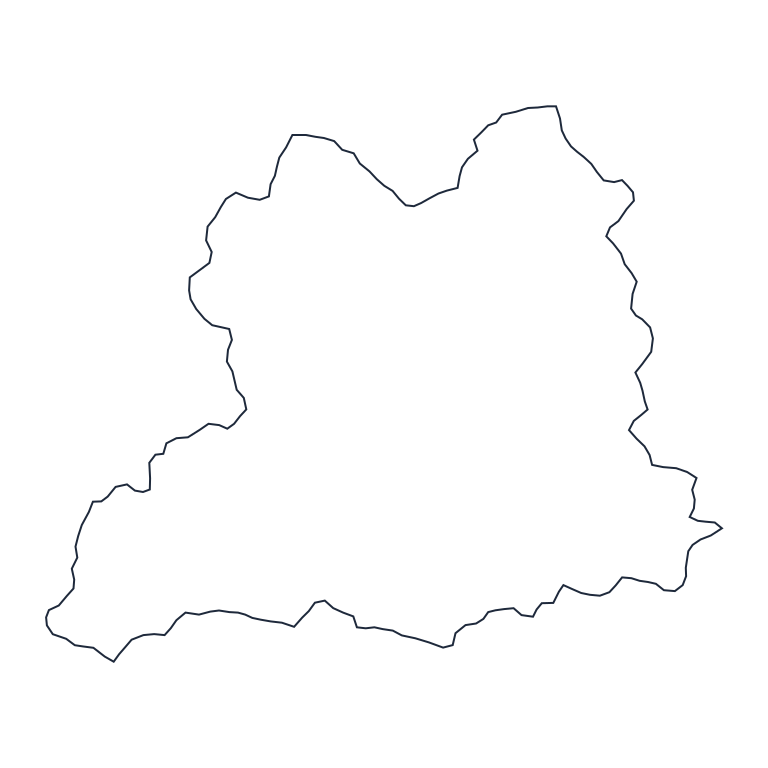 the district of Rio Piracicaba, Minas Gerais, Brazil
{"feature_id": "56859067B90446172591220", "entity_name": "Rio Piracicaba", "entity_type": "district", "adm_level": 2, "iso_a3": "BRA", "parent_name": "Brazil", "parent_adm1": "Minas Gerais", "projection": "orthographic", "projection_center": [-43.151, -19.961], "detail": "fine", "context": "isolated", "style": "outline", "palette": "slate", "viewbox_px": 768, "rotation_deg": 0, "n_neighbors": 0, "source": "geoboundaries", "source_scale": "gbopen_adm2", "svg_char_len": 2940}
<svg xmlns="http://www.w3.org/2000/svg" viewBox="0 0 768 768"><path d="M721.9,528.3L714.8,522.5L705.7,521.7L697.8,520.8L689.7,517.0L693.9,508.5L694.7,499.6L692.2,489.8L696.5,478.0L687.1,472.0L676.2,468.2L663.1,467.1L652.1,464.9L649.6,455.0L644.5,446.3L636.6,438.7L629.0,430.1L633.8,420.9L641.3,414.9L647.6,409.5L644.8,401.4L642.5,390.7L640.2,382.8L635.4,372.5L642.2,364.1L651.2,351.8L652.9,338.4L650.1,327.4L642.2,319.3L635.9,315.5L631.1,308.6L632.6,293.9L636.7,281.7L631.6,273.1L624.7,264.2L621.0,253.6L613.1,243.4L606.3,236.3L610.0,227.4L618.4,221.1L626.6,209.1L633.9,200.7L633.0,192.3L627.6,185.9L622.0,180.1L614.1,182.1L603.7,180.4L596.9,172.0L591.3,163.9L583.9,157.1L577.0,151.7L571.0,146.4L565.6,138.5L561.8,130.4L560.0,118.5L556.0,106.3L547.6,106.3L537.7,107.5L528.0,108.0L515.8,111.8L502.1,114.7L496.2,122.5L488.2,125.3L481.5,132.2L473.9,139.6L477.5,150.7L467.9,158.8L462.0,167.3L459.6,176.1L457.6,187.9L446.9,190.6L438.5,193.5L429.7,198.2L421.0,203.1L413.9,206.2L405.8,205.3L399.0,198.7L392.6,190.9L384.3,185.8L376.8,179.2L369.5,171.4L359.8,163.5L353.7,153.3L342.2,149.8L334.2,141.1L323.9,138.0L315.4,136.8L305.9,135.0L292.4,135.0L286.1,147.4L279.3,157.6L276.9,166.8L274.9,175.8L270.6,184.2L268.9,196.4L259.7,199.8L247.9,197.7L235.9,192.6L225.9,199.0L220.8,207.1L215.2,217.2L207.6,226.6L206.1,240.4L211.7,252.0L209.4,262.9L199.0,270.6L189.8,277.4L189.1,290.4L190.6,299.3L196.2,309.0L204.4,318.8L212.2,325.2L229.2,329.0L231.9,339.9L228.0,349.8L226.9,361.6L232.4,371.4L234.8,381.7L236.7,389.8L243.8,397.9L246.3,409.4L240.0,416.2L234.1,423.8L227.3,428.7L219.2,425.1L208.5,423.8L199.8,429.8L187.9,437.3L176.4,438.2L166.4,443.3L163.3,453.8L155.4,454.7L149.3,462.8L150.1,478.4L149.8,489.5L143.0,492.0L134.9,490.6L127.0,484.4L115.6,486.9L107.7,496.6L101.3,501.4L92.9,501.7L88.9,511.9L81.8,525.0L78.2,536.0L75.5,546.6L77.3,557.6L71.8,568.7L74.2,579.6L73.5,588.5L66.7,596.1L58.8,605.5L48.9,610.1L46.1,617.4L46.9,625.4L52.8,634.2L66.2,638.8L74.8,645.2L82.7,646.4L93.4,647.8L104.8,656.6L113.7,661.7L119.2,654.1L125.1,647.3L131.6,639.7L143.4,635.1L154.2,634.1L164.6,635.1L170.8,628.2L176.4,620.2L185.5,612.6L199.0,614.6L210.3,611.6L219.0,610.5L229.4,612.1L238.0,612.6L245.2,614.6L252.3,617.9L260.8,619.7L270.6,621.4L281.9,622.7L294.1,626.8L302.2,617.6L308.8,611.1L314.9,602.7L324.8,600.6L333.2,608.1L343.1,612.6L353.3,616.4L356.9,627.3L365.7,628.3L374.4,627.3L382.7,629.1L392.8,630.6L401.8,635.4L415.4,638.3L428.9,642.4L443.1,647.6L452.7,645.1L455.5,633.2L465.5,625.1L476.1,623.5L483.4,618.9L488.2,612.1L495.4,610.3L504.0,609.1L513.6,608.2L521.5,615.1L533.0,616.7L536.6,609.5L541.8,603.2L553.3,602.9L558.9,591.7L563.4,585.1L572.5,589.2L581.2,593.0L590.0,594.8L599.9,595.7L609.4,592.2L615.7,585.4L622.1,577.4L631.4,578.2L639.6,580.8L648.0,582.0L655.9,583.8L663.9,590.2L674.9,591.1L682.7,585.1L686.1,576.2L685.8,567.8L687.0,559.8L688.3,551.2L692.6,544.9L700.5,539.5L710.8,535.5L721.9,528.3Z" fill="none" stroke="#1e293b" stroke-width="2"/></svg>